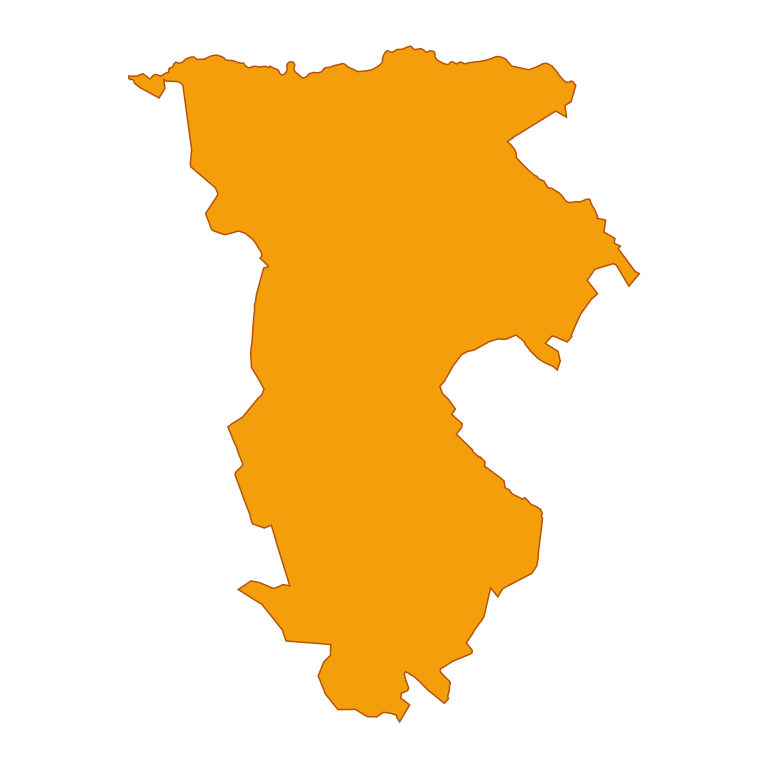 the district of Rencēnu pag., Burtnieku, Latvia
{"feature_id": "27541924B42196495357588", "entity_name": "Rencēnu pag.", "entity_type": "district", "adm_level": 2, "iso_a3": "LVA", "parent_name": "Latvia", "parent_adm1": "Burtnieku", "projection": "mercator", "projection_center": [25.444, 57.701], "detail": "fine", "context": "isolated", "style": "filled", "palette": "amber", "viewbox_px": 768, "rotation_deg": 0, "n_neighbors": 0, "source": "geoboundaries", "source_scale": "gbopen_adm2", "svg_char_len": 5890}
<svg xmlns="http://www.w3.org/2000/svg" viewBox="0 0 768 768"><path d="M542.5,518.6L541.4,516.2L542.3,513.4L540.6,509.5L536.5,506.7L531.2,504.5L525.0,497.7L522.7,499.2L512.3,494.0L509.2,489.8L505.1,487.7L504.0,480.9L501.2,478.4L496.7,475.1L487.3,468.1L484.6,466.4L485.1,461.9L480.4,457.1L477.8,456.7L478.0,456.1L472.7,451.6L472.5,449.8L456.3,434.2L461.5,427.8L462.3,423.9L451.6,414.3L455.4,409.0L448.5,399.3L442.3,393.3L439.9,386.3L444.1,381.7L453.4,365.4L461.6,354.6L468.2,351.2L472.2,350.6L475.2,349.5L489.0,341.8L498.6,338.7L499.7,339.1L503.4,339.3L506.4,339.1L516.1,335.0L521.4,339.2L524.0,341.5L525.0,344.0L529.2,349.2L530.2,350.8L538.1,358.5L543.7,362.2L553.1,366.4L557.3,370.0L560.3,361.0L560.2,361.0L558.2,351.5L545.3,343.4L552.4,335.6L552.3,336.0L556.6,337.1L559.0,338.6L562.1,339.7L567.2,342.0L571.9,336.5L571.3,335.3L575.7,324.9L580.7,313.9L591.3,299.3L597.6,293.8L587.2,280.3L594.4,270.0L594.5,269.6L595.0,269.2L613.4,263.6L616.3,265.1L628.9,286.2L639.3,273.7L634.8,271.1L625.0,257.7L621.6,253.4L618.2,248.5L620.4,246.1L614.2,243.2L615.0,238.5L603.9,232.0L604.9,225.5L605.6,220.1L597.1,218.2L597.4,217.7L597.4,216.1L594.9,210.2L591.4,204.2L590.0,200.0L589.7,199.4L588.4,199.0L587.0,199.1L580.1,201.9L575.5,201.6L574.3,202.0L569.6,202.5L567.0,202.0L566.5,201.3L564.6,199.6L562.2,195.9L559.1,192.9L552.9,189.1L552.2,188.3L548.9,187.9L547.9,187.5L543.7,180.9L538.9,179.0L537.0,176.5L533.6,174.7L528.3,170.0L522.0,163.7L516.3,157.5L516.3,153.8L515.5,151.4L514.6,149.5L511.2,145.1L507.3,141.6L512.6,138.2L512.3,137.9L555.7,111.1L566.5,117.2L565.0,105.5L571.1,101.7L575.8,85.4L574.5,84.0L573.3,82.1L572.0,81.3L571.3,81.1L570.1,81.3L568.9,82.3L567.7,82.5L566.4,82.2L563.9,80.6L558.5,74.5L558.2,73.6L556.5,71.2L552.1,66.2L548.9,64.3L546.4,63.4L544.5,63.4L542.7,63.8L541.9,64.1L540.3,65.2L535.5,67.3L529.1,69.7L528.2,69.6L512.7,66.3L510.6,65.0L509.8,63.9L507.7,61.7L507.1,60.6L505.4,58.8L501.5,57.2L498.2,56.5L495.1,56.9L491.8,58.4L486.7,60.1L479.1,61.6L477.4,61.6L473.1,62.3L469.8,62.5L465.4,63.8L464.1,63.5L461.0,62.1L459.4,62.3L457.5,63.5L456.4,63.8L452.7,61.9L451.4,61.7L450.2,62.5L448.4,64.5L447.6,64.5L444.0,63.7L438.4,60.8L437.3,59.8L436.2,58.7L435.2,57.1L435.0,56.5L434.9,53.4L434.2,51.9L433.8,51.6L432.4,51.1L429.5,50.8L428.2,51.8L426.4,52.3L425.2,51.6L424.8,50.9L423.3,49.8L421.2,48.6L420.6,48.6L414.7,49.7L413.7,49.1L411.9,47.2L410.4,46.1L407.3,47.0L402.9,49.1L396.7,49.6L392.8,52.1L390.9,52.1L387.6,50.8L386.9,50.8L386.5,51.0L384.5,53.3L382.7,57.7L382.4,59.4L382.5,61.4L382.0,62.7L378.0,66.4L371.7,69.8L366.0,70.9L359.6,71.5L357.1,71.4L355.3,70.3L348.5,67.3L345.0,64.3L342.8,63.5L342.2,63.5L340.8,64.1L332.9,65.9L330.5,67.3L326.7,67.5L324.9,68.0L323.3,69.3L322.6,70.8L321.0,72.0L319.0,72.6L316.6,72.8L313.5,72.4L310.0,73.5L308.9,73.9L308.2,74.6L307.6,75.5L306.5,76.5L305.7,77.1L303.9,77.8L302.0,77.6L301.4,77.3L298.7,74.6L296.9,73.3L294.8,71.2L294.2,70.2L294.0,69.3L294.0,68.1L294.7,65.3L294.7,64.8L294.4,63.9L293.7,62.8L292.7,62.0L290.9,61.7L289.3,62.1L288.7,62.5L287.5,63.8L286.7,65.1L287.3,68.9L287.0,70.1L286.5,71.2L285.4,72.9L284.2,74.1L283.5,74.6L282.0,74.9L280.6,74.2L279.7,73.0L279.0,71.5L277.9,69.8L273.5,68.1L271.0,66.6L269.9,66.2L269.5,66.4L268.8,67.4L267.8,67.3L265.4,66.4L264.3,66.3L258.8,67.1L255.5,66.2L251.9,66.6L250.3,67.8L248.4,67.6L245.2,65.9L244.5,64.4L243.6,63.2L243.2,63.0L240.9,63.1L238.6,62.8L233.4,60.7L227.9,60.3L225.7,59.9L224.9,59.3L224.7,58.7L224.2,58.1L222.3,56.9L217.4,55.2L214.4,55.3L211.2,55.9L204.0,59.2L197.2,59.4L196.1,59.0L194.4,57.2L193.7,56.9L191.1,57.1L188.7,57.7L185.8,59.1L184.2,60.5L183.4,61.5L181.4,62.8L178.7,63.2L175.8,62.1L174.1,63.6L173.1,66.0L172.1,67.4L169.7,68.0L169.0,68.7L168.5,71.4L168.2,72.2L167.3,72.8L165.5,73.1L161.4,75.9L159.0,75.5L156.2,74.5L154.5,74.6L152.1,76.5L151.5,77.7L150.1,78.8L148.2,78.1L146.9,76.6L145.2,75.5L143.4,73.9L142.8,73.8L139.6,74.9L137.8,76.0L131.8,76.2L128.7,76.0L128.9,77.1L128.8,78.3L129.2,78.8L130.1,79.6L131.6,79.2L132.9,79.9L133.6,80.7L134.7,83.5L138.3,86.2L139.4,87.3L159.1,98.0L165.0,88.3L163.7,79.4L163.9,79.3L165.4,80.7L166.2,81.1L176.8,81.5L178.5,81.9L180.7,83.0L182.2,84.6L182.9,85.8L183.1,86.9L191.6,149.4L190.4,162.4L190.3,163.7L190.6,166.1L190.9,166.9L191.8,167.7L215.1,187.6L215.9,188.8L217.8,193.6L217.7,194.9L216.8,196.4L205.6,213.5L211.3,228.8L211.9,229.7L213.2,230.7L223.6,234.4L225.0,234.6L229.9,233.5L238.2,231.1L239.4,231.2L245.5,233.5L252.5,239.2L255.3,242.6L261.4,252.8L261.8,256.2L261.4,256.8L260.0,258.1L268.2,266.0L268.2,266.7L263.6,268.1L256.4,294.8L255.4,302.3L254.5,304.9L254.6,309.9L254.1,314.1L253.2,324.2L252.0,342.4L251.2,347.1L250.7,353.2L251.4,367.1L253.6,371.0L256.8,376.1L264.0,389.0L261.9,394.5L258.2,398.3L258.1,398.2L242.4,417.3L231.6,423.9L227.8,427.2L228.8,429.2L235.1,444.5L235.7,445.1L237.7,450.6L237.5,450.9L242.8,464.3L241.9,466.1L236.1,471.7L235.0,474.4L235.8,476.8L243.8,498.9L249.7,514.2L252.3,523.8L264.3,528.0L271.4,525.3L275.2,538.0L276.5,543.0L289.8,585.8L283.0,584.6L276.8,587.4L273.4,588.4L260.7,583.1L258.7,582.4L251.0,580.9L238.2,589.5L262.0,604.5L282.3,629.9L285.9,640.8L286.1,641.0L330.8,644.5L330.5,650.5L330.5,655.3L323.8,661.8L318.2,676.0L325.5,694.1L335.1,706.2L338.2,709.6L355.4,709.4L365.6,715.7L367.9,716.7L376.8,716.9L383.4,712.3L390.7,713.3L396.5,715.2L397.0,717.8L399.6,721.9L409.7,704.9L400.9,698.2L401.3,693.3L407.7,690.6L408.6,688.0L406.3,681.3L405.8,680.9L406.0,680.8L404.2,673.7L405.6,671.7L410.0,674.1L409.9,674.3L414.6,677.0L419.0,681.0L427.5,689.7L444.3,703.3L448.6,698.7L447.9,697.5L447.7,696.2L449.5,689.7L449.4,686.8L450.3,682.9L450.2,682.5L449.6,681.5L440.4,672.1L440.2,669.2L452.8,661.2L469.7,654.3L471.9,653.1L472.2,650.3L466.3,642.9L472.8,633.3L473.5,632.1L473.3,632.0L473.4,631.7L479.4,623.2L480.7,621.9L483.9,616.9L490.6,588.0L497.9,596.8L502.4,589.1L503.7,588.1L531.9,573.3L536.8,565.9L538.2,557.5L538.4,552.3L540.2,537.8L540.8,533.3L542.5,518.6Z" fill="#f59e0b" stroke="#b45309" stroke-width="1.5"/></svg>